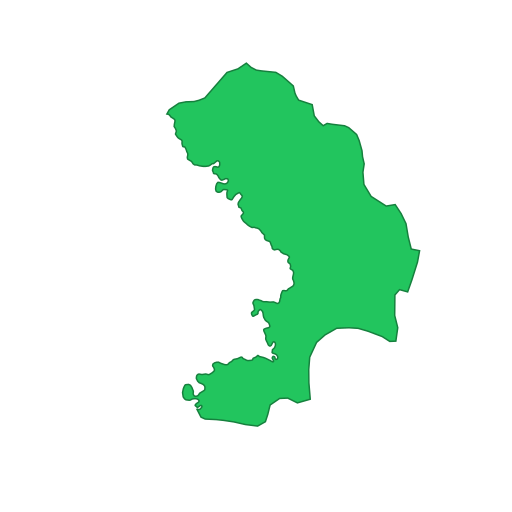 the district of Hoeryong City, Hamgyŏng-bukto, North Korea, rotated 311°
{"feature_id": "82179303B62276356715792", "entity_name": "Hoeryong City", "entity_type": "district", "adm_level": 2, "iso_a3": "PRK", "parent_name": "North Korea", "parent_adm1": "Hamgyŏng-bukto", "projection": "natural_earth1", "projection_center": [129.627, 42.513], "detail": "fine", "context": "isolated", "style": "filled", "palette": "green", "viewbox_px": 512, "rotation_deg": 311, "n_neighbors": 0, "source": "geoboundaries", "source_scale": "gbopen_adm2", "svg_char_len": 6163}
<svg xmlns="http://www.w3.org/2000/svg" viewBox="0 0 512 512"><g transform="rotate(311 256 256)"><path d="M370.3,358.3L378.8,348.0L383.2,337.7L386.1,327.3L379.1,321.5L376.5,303.8L380.8,290.5L389.4,281.7L396.5,277.2L400.8,271.3L405.0,266.9L410.8,258.1L413.7,252.2L413.7,241.8L412.4,237.4L405.4,227.1L402.7,222.7L398.4,221.2L398.5,215.3L400.0,208.0L407.1,199.1L401.6,185.9L403.1,181.4L404.5,178.5L408.8,172.6L408.9,157.9L407.6,150.5L399.3,138.7L396.5,134.3L395.1,128.4L395.2,122.2L385.4,119.6L375.5,113.7L341.7,113.7L336.1,110.8L331.9,107.9L326.4,102.0L320.8,97.6L309.5,94.6L304.7,95.6L305.5,97.0L305.6,97.6L305.5,99.1L305.1,100.4L305.6,103.8L305.6,105.0L305.4,105.5L304.8,106.3L301.8,108.0L300.0,109.3L299.5,111.2L298.6,113.1L298.1,113.8L297.2,114.4L295.6,115.0L295.1,115.4L294.3,118.4L294.1,119.5L294.2,121.0L294.7,123.7L294.5,124.3L293.9,125.2L292.6,126.1L291.9,126.9L290.7,128.7L290.7,129.4L291.5,130.5L291.5,131.2L290.5,133.5L289.3,135.4L289.0,136.3L288.5,137.3L287.4,138.3L285.4,139.4L284.4,140.6L284.3,141.1L285.0,144.9L285.0,145.6L284.3,148.1L284.5,149.9L285.9,151.7L287.0,154.2L288.9,157.2L290.5,159.1L292.9,161.2L294.2,161.7L297.0,162.4L297.9,163.4L302.2,164.1L303.0,165.0L303.1,166.2L303.0,166.7L302.5,167.5L300.9,168.9L299.8,169.3L298.8,169.4L298.0,169.0L297.3,167.5L296.6,166.4L295.7,165.7L294.8,165.6L293.0,166.4L291.9,167.2L291.2,168.9L290.6,169.6L290.6,170.3L291.8,172.1L291.9,173.2L291.6,174.8L291.0,176.1L290.6,177.5L290.4,179.4L290.5,180.0L291.0,180.6L292.8,181.6L294.2,182.1L295.5,183.6L295.6,184.0L295.5,184.6L294.6,185.8L293.5,186.2L292.0,186.3L291.1,186.0L289.9,185.2L289.0,183.8L288.5,182.4L287.2,179.6L286.5,178.9L284.6,179.0L282.1,180.1L280.0,181.6L278.8,183.3L278.8,184.1L279.0,185.1L279.4,185.7L280.0,186.4L281.0,187.1L281.7,187.4L284.1,187.6L285.0,188.0L286.5,190.0L287.0,190.9L287.0,191.4L286.6,191.7L285.5,192.1L284.6,192.6L283.4,193.6L281.3,195.7L281.1,196.3L281.1,197.4L281.8,199.8L282.1,200.3L282.4,200.7L282.9,200.9L286.4,200.4L289.2,200.4L292.4,201.5L292.9,201.8L293.0,202.7L292.6,204.3L292.4,206.0L291.8,206.6L290.5,207.1L287.9,207.2L285.0,207.6L284.1,208.0L283.2,208.6L282.2,210.3L281.7,210.8L281.7,211.4L282.2,212.6L282.3,213.3L281.1,215.7L281.0,217.2L280.7,217.9L279.8,218.5L276.8,218.5L276.3,218.6L275.5,219.7L274.8,221.3L274.1,223.6L274.0,224.9L274.1,227.4L274.0,229.2L274.2,231.3L274.8,234.0L275.1,234.5L276.5,235.8L277.2,237.6L277.8,238.5L278.3,240.0L278.4,241.0L278.1,243.2L277.5,245.2L277.4,248.6L275.2,250.6L274.8,251.3L274.5,252.2L274.6,253.6L275.8,256.5L275.8,257.6L274.2,260.4L273.7,261.8L272.4,263.3L272.3,264.6L272.7,265.9L274.8,267.4L275.5,268.2L275.8,268.9L275.9,270.7L275.4,272.1L275.4,273.0L275.7,273.9L275.7,275.1L277.3,278.6L277.4,280.8L277.2,281.8L277.0,282.0L274.5,282.6L273.3,283.2L272.5,284.0L272.2,285.0L272.4,285.9L272.4,286.7L272.0,287.6L270.9,289.0L269.4,289.7L268.9,290.1L268.9,290.9L269.3,293.2L268.6,294.6L268.1,295.3L267.0,296.1L264.0,297.7L263.1,298.4L262.5,299.2L262.2,300.1L261.2,301.7L260.2,302.8L259.0,303.4L257.4,303.6L252.4,302.0L250.5,302.1L249.2,301.3L248.4,299.9L247.6,299.1L247.2,298.9L246.2,299.1L243.4,300.1L242.3,300.7L240.9,301.9L239.5,302.3L236.9,303.8L235.9,304.0L235.3,303.9L234.6,303.6L234.0,303.0L233.5,301.2L232.8,299.3L230.4,296.9L228.3,293.8L226.5,291.8L225.9,290.5L225.6,289.0L224.9,287.6L224.5,286.2L223.6,285.0L222.5,284.0L221.6,283.7L220.5,283.8L219.0,284.2L218.2,284.9L217.3,286.9L215.5,289.0L214.8,289.9L213.7,290.3L210.9,289.8L210.2,289.9L209.7,290.3L209.0,291.2L208.5,292.6L208.5,293.1L208.9,293.6L211.5,294.5L212.9,295.2L213.9,295.2L215.2,294.2L215.9,294.0L217.7,294.0L218.1,294.1L218.5,294.4L218.6,295.3L218.5,296.7L218.3,297.5L217.4,298.9L215.6,300.9L214.6,302.4L214.4,303.2L213.7,304.9L213.6,306.7L213.9,308.5L213.7,310.0L212.4,312.2L211.9,312.7L211.2,312.8L210.1,312.5L208.2,311.1L206.2,310.1L205.4,310.2L204.6,311.1L202.6,315.4L201.7,316.4L200.3,317.3L199.6,318.0L198.8,319.5L198.1,321.3L197.0,323.5L196.9,324.5L197.0,325.3L197.6,325.9L198.6,326.1L201.5,325.4L202.5,325.4L203.0,325.7L203.2,326.4L203.1,327.3L202.8,327.9L201.7,329.0L200.4,329.7L198.6,330.2L196.1,329.9L193.8,331.4L193.6,332.1L194.7,334.9L194.9,335.8L194.8,337.1L194.1,338.6L193.5,339.2L192.7,339.5L191.7,339.5L191.0,338.9L190.9,338.0L191.9,336.7L192.1,336.2L191.9,335.3L191.5,334.8L190.4,334.8L189.6,335.2L188.3,338.2L187.7,338.4L187.1,338.2L186.8,337.4L186.4,335.3L185.1,330.3L184.2,328.0L182.4,324.6L182.3,322.9L182.1,322.6L179.5,322.2L177.1,321.0L176.6,321.0L175.9,321.4L175.3,321.5L174.2,320.9L171.9,318.7L171.2,317.5L170.7,315.4L170.2,313.9L170.1,313.3L170.4,312.4L170.4,311.9L170.2,311.4L169.5,310.8L166.4,309.4L163.8,307.4L162.9,306.9L160.3,306.8L158.1,305.9L156.0,305.9L155.0,305.5L154.4,304.9L153.5,303.7L151.9,299.8L151.3,297.4L150.0,296.0L148.3,294.9L146.3,294.4L145.0,295.0L144.5,295.7L144.2,297.0L143.6,298.3L142.8,299.4L142.3,299.7L141.2,299.8L139.0,299.5L135.9,298.5L135.4,298.1L135.1,297.7L134.0,295.5L131.1,293.0L129.5,290.4L128.5,289.8L127.3,289.7L126.5,289.9L125.2,290.7L124.3,291.5L124.0,292.4L123.3,294.0L123.1,296.3L123.8,298.1L124.3,299.9L124.4,300.6L124.3,302.0L123.9,303.0L123.3,303.7L121.8,304.9L121.2,305.1L120.2,305.0L115.5,303.5L113.3,303.8L112.3,303.7L111.0,303.0L110.1,301.9L109.9,300.8L110.4,299.5L111.0,298.8L112.3,297.9L112.9,297.3L114.7,293.9L115.4,291.5L115.3,290.7L114.8,289.3L113.1,287.7L112.4,287.2L111.6,287.2L109.6,287.7L108.0,288.3L104.7,290.2L101.9,293.5L101.3,295.8L101.5,297.5L103.4,300.3L104.1,300.9L106.4,301.8L108.4,303.6L109.1,304.7L109.6,305.8L109.7,307.2L109.3,308.1L108.3,308.5L107.5,308.4L105.4,307.8L103.5,307.9L103.2,308.6L103.3,310.0L103.1,311.2L106.8,312.2L107.3,312.6L107.3,313.5L107.0,313.9L106.1,314.3L103.7,314.3L102.8,313.7L101.5,312.2L98.3,320.2L99.6,324.6L106.6,333.5L110.7,339.4L116.3,348.2L121.8,358.5L128.7,368.8L137.1,371.8L144.2,368.8L152.8,364.4L164.0,367.3L169.6,373.2L172.3,383.6L183.5,390.9L195.0,379.1L204.9,370.3L214.9,362.9L230.5,358.4L241.8,359.9L254.4,364.3L262.8,373.2L268.4,380.5L272.5,389.4L278.0,404.1L279.3,413.0L283.5,417.4L294.9,410.0L302.1,399.7L317.7,386.4L324.8,386.4L328.4,394.0L340.3,389.3L357.3,381.9L367.3,376.0L363.1,368.6L370.3,358.3Z" fill="#22c55e" stroke="#15803d" stroke-width="1.5"/></g></svg>